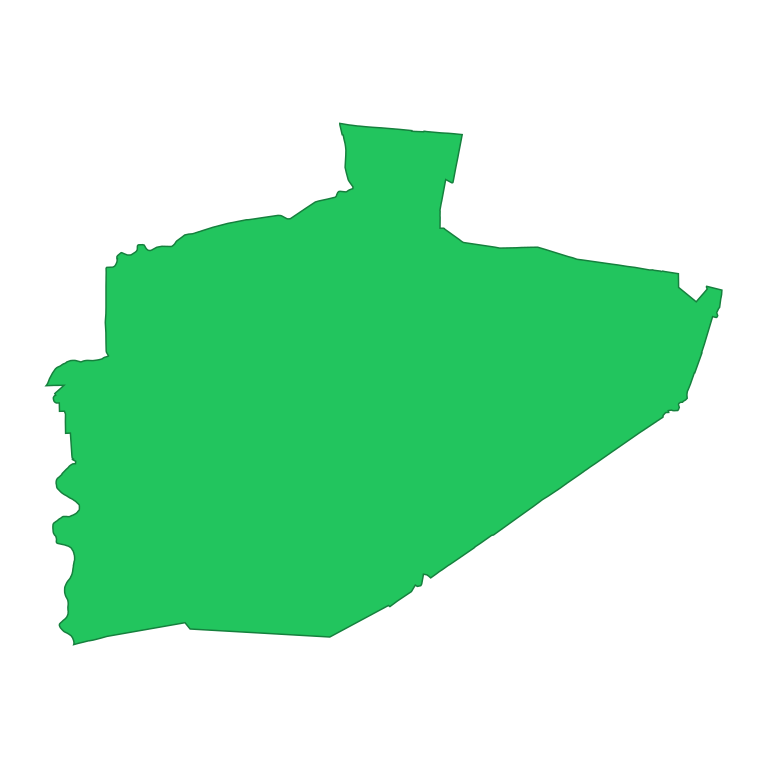 Guadalupe, Nuevo León, Mexico
{"feature_id": "50627088B2600524560813", "entity_name": "Guadalupe", "entity_type": "district", "adm_level": 2, "iso_a3": "MEX", "parent_name": "Mexico", "parent_adm1": "Nuevo León", "projection": "mercator", "projection_center": [-100.227, 25.677], "detail": "fine", "context": "isolated", "style": "filled", "palette": "green", "viewbox_px": 768, "rotation_deg": 0, "n_neighbors": 0, "source": "geoboundaries", "source_scale": "gbopen_adm2", "svg_char_len": 5903}
<svg xmlns="http://www.w3.org/2000/svg" viewBox="0 0 768 768"><path d="M106.1,268.2L106.2,272.6L106.1,277.7L106.1,279.6L106.0,286.5L106.0,307.3L105.9,313.8L105.4,320.5L105.3,322.6L105.9,332.6L106.0,342.6L106.2,351.0L106.5,352.4L108.5,355.9L108.2,356.2L105.8,357.0L105.2,357.1L104.2,357.5L103.6,357.8L102.3,358.7L101.8,359.0L98.7,359.8L96.2,360.2L93.0,360.6L91.8,360.6L87.6,360.4L86.0,360.5L84.2,360.8L82.9,361.2L81.7,361.7L80.9,361.9L80.1,361.8L79.1,361.4L78.0,361.2L77.4,361.0L75.5,360.5L74.6,360.4L72.9,360.4L70.6,360.6L67.5,361.7L66.9,361.9L66.0,362.7L64.7,363.5L63.9,363.7L62.5,364.4L60.3,366.0L58.0,367.0L56.9,367.6L55.4,368.9L52.5,373.1L49.5,378.7L47.9,382.9L47.0,384.6L46.1,385.7L53.6,385.4L64.0,385.3L59.7,389.2L55.6,392.8L54.8,393.6L55.7,395.2L54.4,395.9L53.7,396.9L53.3,397.8L53.4,399.0L53.7,400.3L54.2,401.5L55.3,402.5L56.5,403.0L59.3,403.0L59.5,411.3L64.4,411.2L65.3,413.5L65.5,414.3L65.5,414.9L65.4,421.7L65.6,433.3L70.4,433.1L71.9,455.5L72.2,458.0L73.4,459.0L72.6,459.6L75.7,461.3L75.6,462.6L75.5,463.7L74.3,463.7L72.4,464.0L71.9,464.4L70.8,465.0L69.3,466.2L68.1,467.7L66.2,469.4L62.2,473.5L61.9,474.1L61.8,474.7L61.3,475.0L59.4,476.8L57.4,478.4L56.5,480.0L56.2,481.3L56.1,483.2L56.5,485.1L56.7,487.0L57.2,488.2L57.6,488.7L60.8,492.0L61.8,492.9L64.3,494.6L66.6,495.8L67.7,496.6L68.2,496.8L69.3,497.6L70.4,498.2L71.5,498.7L73.2,499.7L74.2,500.5L75.3,501.1L79.0,504.6L79.3,505.2L79.4,506.3L79.4,509.0L79.3,509.5L79.1,510.1L78.7,510.6L77.8,511.5L77.5,512.1L76.1,513.4L73.3,515.0L71.6,515.6L69.6,516.6L68.0,516.7L66.7,516.5L63.5,516.5L62.9,516.6L61.8,517.3L60.8,518.1L59.2,519.0L56.7,521.1L55.8,521.6L54.8,522.4L54.2,522.7L53.8,523.2L53.1,524.2L52.9,526.2L52.9,528.1L53.2,531.9L53.5,533.1L54.4,534.8L55.8,536.3L56.0,536.9L56.1,537.5L56.3,538.0L56.5,539.3L56.5,540.0L56.3,541.3L56.5,542.5L56.9,543.0L57.7,543.4L63.1,544.6L64.3,544.8L67.2,545.8L67.9,546.0L68.5,546.2L70.1,547.2L71.2,548.0L71.8,548.9L72.1,549.5L72.5,550.1L73.2,551.1L73.3,551.7L73.8,552.9L74.0,554.1L74.4,555.3L74.6,557.2L74.6,559.8L74.5,560.4L74.1,561.6L74.0,562.3L73.8,563.5L73.4,565.4L73.3,567.3L73.1,567.9L72.6,571.7L72.0,574.2L71.2,576.0L70.9,576.5L70.1,578.3L67.7,581.2L66.7,582.8L65.9,584.5L65.4,585.7L64.9,586.9L64.7,587.9L64.6,590.6L64.7,592.6L65.3,595.0L66.0,596.8L67.0,598.5L67.8,600.2L68.0,601.4L68.2,602.9L68.2,604.5L67.9,607.1L68.0,610.3L68.2,610.9L68.2,611.5L68.1,612.8L68.1,613.4L68.0,614.1L67.1,616.4L66.4,617.5L65.1,618.9L63.1,620.5L61.4,622.2L60.8,622.6L59.9,623.6L59.5,624.1L59.4,624.8L59.4,625.5L59.9,626.8L60.5,627.9L62.1,629.7L63.5,631.1L64.4,631.8L67.5,633.3L69.1,634.3L71.2,635.8L71.5,636.3L72.6,637.9L73.7,640.8L74.0,642.7L73.9,644.0L73.7,644.6L78.5,643.3L83.9,642.0L89.0,640.7L89.2,640.8L93.1,640.1L96.3,639.3L100.9,638.1L106.9,636.4L185.0,622.7L190.1,629.0L329.8,637.0L388.4,605.5L389.9,606.6L397.4,601.0L411.4,591.6L415.3,585.1L417.3,586.4L420.7,585.7L420.9,585.5L421.7,584.0L422.1,581.8L423.0,576.9L423.4,574.2L426.8,574.8L428.7,576.1L430.7,577.9L436.3,573.9L439.2,571.7L443.0,569.2L448.3,565.4L450.0,564.4L454.7,561.2L473.5,548.3L474.7,547.4L474.8,547.0L480.4,543.3L491.7,535.3L493.5,535.0L517.4,517.8L534.1,505.9L542.5,499.6L548.2,496.1L560.2,488.1L566.8,483.3L580.7,473.7L585.9,469.9L586.1,469.9L590.4,466.8L595.5,463.4L611.2,452.4L639.0,433.1L663.0,417.1L663.1,415.4L665.6,412.6L668.7,412.4L668.2,410.6L669.4,410.4L671.6,410.1L672.4,410.5L674.0,410.7L677.7,410.5L678.4,409.7L679.3,407.4L678.5,404.8L678.7,403.6L680.1,402.5L680.8,402.3L682.6,402.2L683.1,401.4L685.5,400.0L687.2,398.3L686.9,394.9L687.1,393.0L687.4,391.3L688.2,389.6L690.5,383.9L690.9,382.7L694.4,372.7L694.8,372.8L701.9,353.0L701.5,352.9L704.4,344.0L712.6,316.6L716.2,317.5L716.8,317.2L717.2,316.8L717.7,315.6L716.7,312.8L716.9,312.2L718.6,308.6L719.6,307.4L720.8,298.5L721.0,297.8L721.6,294.6L721.9,290.1L706.7,286.3L706.4,286.9L707.2,289.1L696.2,301.8L678.6,287.4L678.4,273.7L664.9,271.6L662.6,271.1L661.0,271.6L660.5,271.1L654.1,270.3L652.7,269.9L649.7,270.0L634.9,267.4L627.6,266.5L618.2,265.0L612.2,264.2L582.6,260.0L577.0,259.3L572.8,257.8L568.5,256.7L561.1,254.4L545.1,249.4L537.7,247.2L530.8,247.3L521.6,247.5L515.9,247.8L499.7,248.1L495.1,247.2L463.4,242.5L461.9,241.6L459.2,239.5L444.8,229.2L444.4,228.6L443.5,228.2L440.0,228.2L440.1,218.0L440.1,216.8L440.0,216.3L440.1,210.8L439.9,210.5L441.2,203.2L441.7,201.0L445.7,179.5L451.8,182.8L452.4,182.8L452.9,182.5L453.5,179.8L455.8,167.5L457.9,157.1L458.3,154.9L462.2,134.6L453.3,133.7L448.6,133.3L441.2,132.9L426.7,131.6L424.9,131.3L423.9,131.3L423.7,131.8L413.8,131.4L411.7,131.2L411.8,130.6L399.7,129.4L381.8,127.9L372.6,127.3L366.4,126.8L359.4,126.1L357.5,126.0L352.2,125.3L348.7,124.9L343.5,124.0L339.8,123.4L339.8,123.9L339.9,124.9L342.2,134.8L343.2,135.1L344.0,139.1L345.1,143.7L345.5,146.3L345.9,150.1L345.8,155.0L345.1,167.4L346.3,172.6L348.2,179.7L348.7,180.7L350.1,182.8L353.0,186.9L352.8,188.7L351.4,189.1L349.2,190.0L348.3,190.5L346.7,191.7L345.6,191.9L340.0,191.3L338.6,191.6L337.7,192.6L336.7,194.8L336.4,195.9L336.1,196.4L335.3,197.2L327.5,199.1L318.7,201.0L315.3,202.0L306.8,207.6L290.8,218.4L289.9,218.8L287.9,218.9L286.9,218.7L281.7,215.9L281.1,215.7L280.2,215.5L278.0,215.4L262.9,217.6L253.0,219.1L248.7,219.7L246.3,219.8L227.8,223.4L212.9,227.3L192.5,233.8L188.8,234.1L184.7,235.0L182.0,237.1L176.8,240.9L176.0,241.8L174.7,243.9L173.4,245.2L172.5,245.9L171.8,246.4L170.2,246.5L161.9,246.3L158.1,247.0L156.7,247.3L151.6,250.1L151.0,250.3L150.4,250.5L149.5,250.5L148.2,250.3L147.2,249.6L146.4,248.8L145.9,248.1L144.2,245.1L142.7,244.7L138.7,244.8L138.0,245.1L137.6,245.6L137.4,246.2L137.3,249.4L136.9,250.4L136.3,251.3L135.4,252.1L132.3,254.1L131.0,254.9L129.6,255.0L127.4,255.0L124.3,253.8L122.5,253.0L121.7,252.7L121.1,252.7L117.6,255.6L117.1,256.4L116.9,256.8L116.9,258.7L117.4,258.7L116.9,262.0L116.1,263.9L115.4,265.2L114.7,266.1L113.8,266.7L112.5,267.2L110.9,267.2L106.7,267.4L106.1,268.2Z" fill="#22c55e" stroke="#15803d" stroke-width="1.5"/></svg>